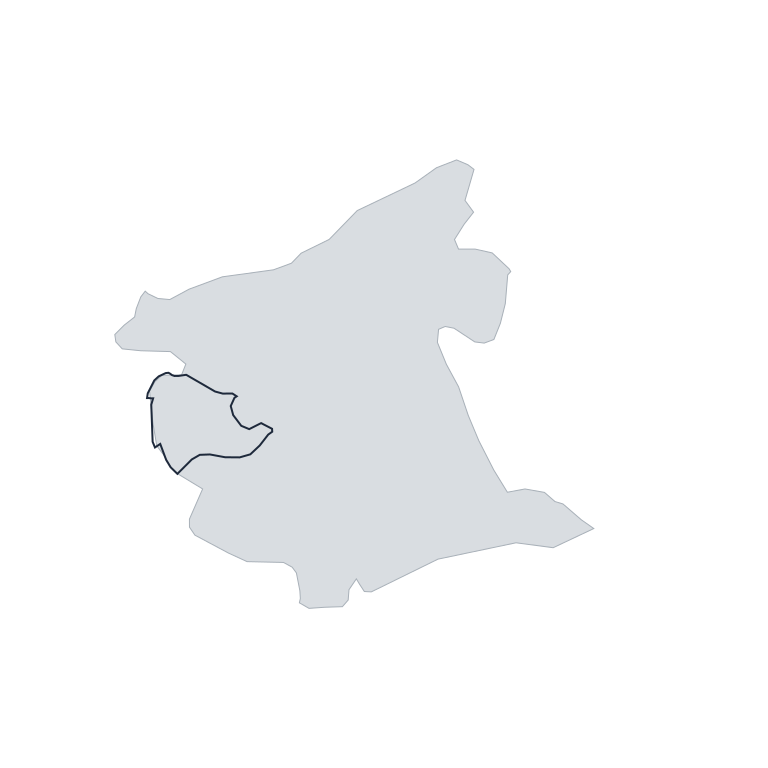 Plužine highlighted on a map of Montenegro, rotated 302°
{"feature_id": "MNE-1515", "entity_name": "Plužine", "entity_type": "Municipality", "adm_level": 1, "iso_a3": "MNE", "parent_name": "Montenegro", "parent_adm1": "", "projection": "natural_earth1", "projection_center": [18.878, 43.143], "detail": "fine", "context": "in_parent", "style": "outline", "palette": "slate", "viewbox_px": 768, "rotation_deg": 302, "n_neighbors": 0, "source": "natural_earth", "source_scale": "10m", "svg_char_len": 1884}
<svg xmlns="http://www.w3.org/2000/svg" viewBox="0 0 768 768"><g transform="rotate(302 384 384)"><path d="M336.2,132.3L335.5,136.0L336.7,146.9L342.1,157.6L361.2,168.5L389.2,190.1L422.3,229.8L437.4,241.5L451.0,244.4L477.6,260.9L496.1,264.9L516.9,269.4L570.9,303.8L595.2,313.9L612.5,326.8L614.4,339.0L613.7,346.6L582.6,355.4L577.2,368.9L562.1,367.3L543.9,367.2L537.9,375.7L546.7,389.8L552.5,406.3L548.0,429.0L546.5,431.9L542.1,431.1L516.4,444.3L497.2,450.5L480.0,453.6L471.8,447.3L467.8,438.7L468.4,413.8L465.2,405.4L459.3,401.3L447.6,407.2L433.8,426.4L421.1,448.8L402.0,472.1L386.2,494.4L369.2,522.7L357.6,546.0L369.7,559.2L377.1,577.5L374.9,591.3L377.1,599.3L373.4,623.3L372.6,638.5L334.8,614.2L319.3,580.1L264.1,522.6L201.0,483.4L197.6,477.3L201.1,469.7L204.1,463.8L191.0,463.3L181.8,468.1L173.1,466.7L163.3,452.1L154.0,439.3L153.6,428.2L157.8,426.7L164.1,422.2L177.4,409.8L180.0,403.2L179.4,393.3L160.8,362.0L158.2,341.7L155.6,303.8L159.5,294.9L166.3,290.6L198.9,285.8L198.5,256.4L200.5,247.6L206.9,235.3L211.1,224.1L229.2,208.1L253.7,189.0L264.4,188.5L273.8,191.1L284.4,207.5L295.9,205.4L298.3,185.7L283.2,159.9L275.1,143.4L277.6,134.3L283.3,129.5L296.3,132.5L308.7,137.0L316.6,134.0L329.0,131.6L336.2,132.3Z" fill="#d9dde1" stroke="#a8b0b8" stroke-width="1"/><path d="M265.3,187.3L271.1,188.9L277.6,193.1L279.3,195.3L279.4,197.3L279.2,199.5L279.8,202.1L282.0,205.5L286.9,211.3L287.0,211.6L287.2,217.9L287.8,235.5L288.1,244.7L290.4,252.3L295.6,260.5L295.5,265.6L293.0,264.5L284.1,265.7L277.7,272.6L272.9,285.1L274.3,293.6L285.7,300.5L286.7,312.8L284.3,314.5L279.7,312.6L266.0,311.2L253.5,307.9L245.3,300.5L237.7,288.1L232.0,273.7L226.3,265.3L218.2,261.0L202.6,257.4L198.3,256.4L200.3,247.2L204.2,239.5L214.6,226.0L208.8,223.4L212.4,218.4L243.1,197.6L249.5,195.8L248.7,194.6L247.3,191.7L246.5,190.5L250.9,188.6L265.3,187.3Z" fill="none" stroke="#1e293b" stroke-width="2"/></g></svg>